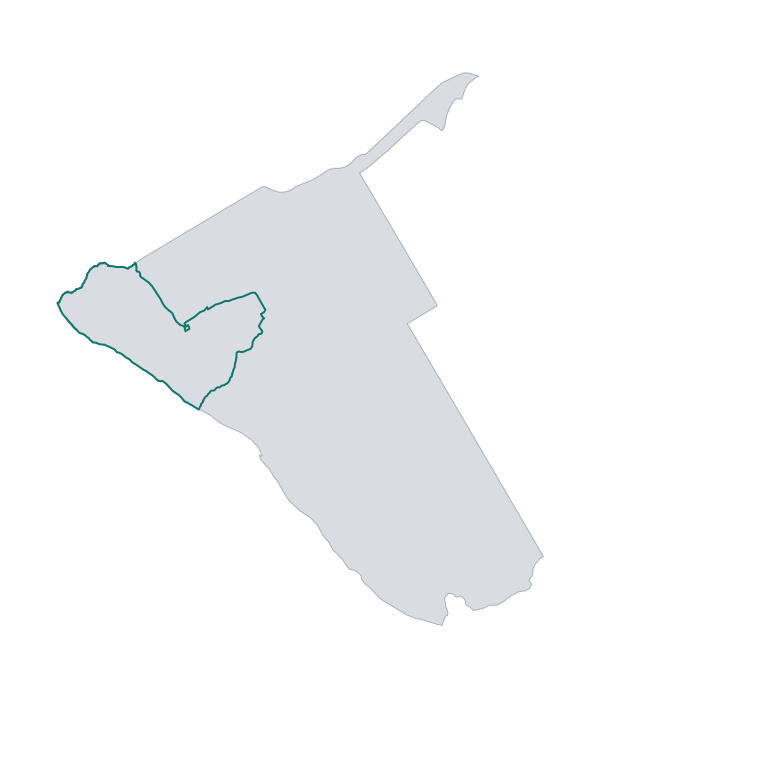 where Kunene sits in Namibia, rotated 329°
{"feature_id": "NAM-3347", "entity_name": "Kunene", "entity_type": "Region", "adm_level": 1, "iso_a3": "NAM", "parent_name": "Namibia", "parent_adm1": "", "projection": "natural_earth1", "projection_center": [13.973, -19.069], "detail": "fine", "context": "in_parent", "style": "outline", "palette": "teal", "viewbox_px": 768, "rotation_deg": 329, "n_neighbors": 0, "source": "natural_earth", "source_scale": "10m", "svg_char_len": 7920}
<svg xmlns="http://www.w3.org/2000/svg" viewBox="0 0 768 768"><g transform="rotate(329 384 384)"><path d="M557.1,162.4L564.7,160.7L572.0,159.0L580.4,157.4L587.2,156.1L588.8,155.7L605.0,157.3L612.1,158.3L614.5,159.4L617.7,162.1L623.5,168.8L621.9,168.5L611.1,169.9L606.9,171.7L597.5,179.6L595.6,178.6L593.4,176.9L591.5,176.5L587.4,178.4L583.3,180.6L578.8,183.8L575.1,186.9L573.8,188.6L568.0,195.1L566.1,196.1L564.4,196.6L563.7,196.3L563.0,193.5L559.6,187.0L554.0,178.5L552.3,177.7L551.2,177.4L547.0,177.8L534.7,180.2L524.3,182.2L508.4,185.7L491.4,188.5L480.8,190.2L471.7,190.7L471.6,199.1L471.5,216.1L471.3,233.1L471.1,250.1L471.0,267.2L470.8,284.2L470.6,301.2L470.4,318.2L470.2,335.3L470.1,342.7L469.8,344.3L464.6,344.3L452.9,344.3L443.0,344.3L435.0,344.3L434.9,354.4L434.7,366.4L434.6,378.4L434.5,390.3L434.4,402.3L434.3,414.3L434.1,426.3L434.0,438.2L433.9,450.2L433.8,459.3L433.7,460.3L433.5,477.9L433.3,496.5L433.1,515.1L432.8,533.7L432.6,552.3L432.3,570.9L432.1,589.5L431.8,608.1L431.7,614.0L428.2,613.9L421.0,616.2L416.4,619.1L414.4,622.8L411.8,625.0L408.5,625.8L407.0,627.6L407.4,630.6L406.1,632.8L403.2,634.4L398.5,633.9L392.1,631.4L383.9,630.9L373.9,632.2L366.7,631.5L362.4,629.0L357.8,627.6L352.8,627.2L350.0,626.2L344.2,624.3L343.1,621.1L342.5,618.6L340.8,616.0L340.7,614.0L342.0,612.4L342.2,609.9L341.3,606.4L339.7,604.6L337.4,604.7L336.0,603.4L335.4,600.6L334.1,598.5L330.9,596.4L326.6,598.0L324.6,600.4L323.4,604.2L322.3,606.2L321.8,609.3L321.5,611.6L320.4,614.0L319.3,615.0L318.1,614.5L315.9,615.5L311.1,619.0L309.7,620.9L305.9,617.5L294.6,604.8L290.6,601.5L284.7,593.7L271.7,569.4L269.9,564.8L267.4,553.1L264.6,544.4L264.3,539.4L265.6,536.5L264.8,532.7L263.3,529.2L258.9,524.7L257.6,509.7L254.7,500.0L255.3,491.9L253.9,484.6L253.8,479.9L254.4,471.0L252.1,460.8L247.2,450.7L242.8,436.3L242.2,429.9L242.7,412.9L241.8,406.0L241.9,397.8L240.1,389.3L239.4,384.7L240.6,381.1L241.4,382.2L242.6,382.8L243.5,377.9L243.7,373.6L241.5,363.0L236.6,352.2L224.3,334.6L221.4,327.9L219.6,322.3L206.0,299.1L200.1,282.7L196.0,268.5L191.6,262.0L170.9,216.0L166.3,208.7L158.0,199.9L156.1,197.0L152.9,188.7L146.7,177.4L145.1,167.0L144.7,155.1L145.4,146.1L151.1,145.1L155.0,142.7L158.5,142.5L162.1,144.4L165.8,144.6L167.2,144.3L173.9,144.6L177.7,142.4L182.3,140.2L184.9,138.3L188.6,136.3L193.5,134.3L196.2,134.5L199.6,135.3L204.2,136.0L206.7,137.4L209.8,141.6L214.5,145.4L217.9,147.7L221.9,150.7L223.1,151.9L224.9,152.5L225.9,152.7L233.3,152.3L240.0,151.8L247.2,151.9L260.7,151.9L274.2,151.9L287.8,151.9L301.3,152.0L314.9,152.0L328.4,152.0L341.9,152.0L355.5,152.1L361.0,152.1L370.7,152.2L380.9,152.3L382.0,152.6L383.1,153.4L384.1,154.1L387.6,159.4L392.2,165.0L396.0,167.6L400.5,169.2L404.8,169.8L408.8,169.4L415.4,170.1L424.7,171.9L434.3,172.4L444.3,171.7L451.3,172.7L455.4,175.4L459.5,177.2L463.8,178.2L469.5,177.6L476.8,175.5L483.0,175.8L485.8,177.4L487.5,177.4L498.2,175.2L506.8,173.4L519.7,170.6L530.3,168.3L546.0,164.8L557.1,162.4Z" fill="#d9dde1" stroke="#a8b0b8" stroke-width="1"/><path d="M195.8,133.6L196.4,134.2L196.9,133.9L197.2,134.1L197.4,134.6L197.8,134.8L198.6,134.9L199.0,134.9L199.4,134.8L199.4,135.1L200.3,134.6L200.8,134.4L201.0,134.6L201.3,134.6L202.1,134.4L202.8,134.2L203.4,134.5L204.7,135.4L205.3,135.6L206.1,135.8L206.9,136.1L207.4,136.7L207.9,138.3L208.4,138.9L208.7,139.6L208.3,140.8L211.4,142.7L214.5,145.6L217.9,147.7L221.2,149.8L221.6,150.2L223.3,152.7L223.8,153.2L224.6,153.3L225.0,153.2L225.6,152.8L225.9,152.7L226.3,152.8L227.0,153.0L227.7,153.1L228.3,153.3L228.7,153.3L229.1,153.2L229.7,152.8L229.9,152.7L231.5,153.0L232.3,152.9L232.6,152.1L232.6,151.9L233.0,151.9L233.0,152.8L232.9,153.2L233.1,153.4L232.9,154.2L232.3,155.6L232.0,156.4L230.8,158.3L230.1,159.3L230.2,160.4L231.7,161.4L231.9,162.4L231.8,163.4L231.6,164.2L231.3,164.9L230.6,165.7L231.1,167.7L234.5,175.6L235.6,180.7L236.2,196.2L235.8,202.1L236.0,205.0L237.4,210.0L238.4,212.3L239.0,214.6L238.4,218.9L238.1,223.2L239.6,228.0L240.3,229.2L241.3,230.1L242.1,231.5L242.3,233.4L241.9,234.0L241.4,234.6L241.1,236.4L245.5,236.5L246.2,234.9L246.3,232.7L244.3,232.8L244.1,231.0L244.2,229.4L245.9,229.0L255.6,228.9L263.7,227.7L265.9,228.2L268.0,228.4L271.8,227.1L271.7,229.3L278.2,229.3L279.5,229.1L280.9,229.3L285.4,230.5L288.4,230.9L289.7,230.9L290.9,231.2L293.7,232.9L298.0,233.6L300.4,234.3L302.4,234.5L307.2,236.2L313.7,237.2L315.8,237.3L318.1,237.9L320.2,239.2L320.6,239.6L320.6,240.2L320.9,242.1L320.5,257.3L320.8,258.9L318.8,260.4L317.8,260.7L314.7,260.7L314.5,260.8L314.4,260.9L314.4,263.3L314.4,263.7L315.0,265.5L315.0,265.9L314.8,266.0L314.4,266.0L313.4,266.0L307.1,269.6L306.7,269.9L306.5,270.2L306.6,273.6L306.8,275.1L306.8,275.5L306.8,276.0L306.6,276.6L306.2,277.0L305.7,277.3L305.1,277.5L304.6,277.7L304.1,277.6L303.5,277.1L302.9,276.9L302.4,276.9L302.0,277.0L301.7,277.1L299.9,278.0L299.6,278.0L297.4,278.1L297.1,278.1L294.6,279.3L293.4,280.2L292.9,280.6L290.7,283.6L290.1,284.0L288.0,285.0L287.5,285.1L286.9,285.1L284.0,284.4L281.6,284.3L280.0,283.9L278.6,283.3L277.8,282.9L277.3,282.4L277.0,282.0L276.8,281.7L276.5,281.4L274.0,281.1L273.7,281.5L273.4,282.0L272.6,283.1L270.6,286.0L270.3,286.3L265.4,291.4L265.1,291.9L264.9,292.5L264.7,292.7L263.0,293.8L262.2,294.3L260.4,296.0L260.0,296.4L259.8,296.6L259.2,296.8L259.0,297.1L258.8,297.6L258.6,297.8L258.4,298.0L258.2,298.1L257.9,298.3L257.7,298.5L257.5,298.9L257.4,299.0L257.2,299.2L256.8,299.2L256.1,299.3L255.9,299.3L254.9,300.1L254.1,300.6L253.8,300.9L253.5,301.4L253.2,301.6L252.7,301.7L252.1,302.0L251.2,302.4L250.9,302.5L250.2,302.5L249.9,302.6L249.4,302.7L249.1,302.7L248.0,302.6L246.1,302.6L245.8,302.6L244.5,301.9L244.3,301.9L244.0,301.9L243.7,301.9L243.2,302.0L242.2,302.1L241.4,302.2L241.2,302.2L240.3,301.5L240.1,301.4L239.9,301.3L238.4,301.1L237.5,301.3L235.7,302.0L235.2,302.1L234.8,301.9L232.6,300.8L232.3,300.8L232.0,300.8L231.4,300.9L231.0,301.1L230.7,301.3L230.3,301.5L230.1,301.7L229.8,301.7L228.8,301.8L228.1,302.0L227.6,302.2L226.6,302.8L226.4,302.9L226.2,302.9L224.6,303.0L221.9,304.1L221.2,304.6L220.7,305.2L220.5,305.3L219.9,305.4L219.7,305.5L219.5,306.0L219.3,306.3L219.1,306.4L218.8,306.5L218.4,306.5L217.2,306.9L216.9,307.0L216.7,307.1L216.3,307.8L216.0,308.1L215.7,308.3L214.5,308.8L212.2,310.4L211.3,309.1L208.2,302.9L206.7,300.7L206.3,299.1L205.8,298.5L204.8,297.7L204.1,296.2L203.7,294.9L203.4,291.4L202.4,287.7L199.3,281.0L198.5,277.4L198.3,275.6L197.6,272.2L196.3,268.7L195.5,267.2L194.1,266.7L192.6,265.6L191.4,263.3L190.3,258.1L187.5,252.2L187.2,251.0L185.7,248.8L183.1,243.5L182.8,242.5L182.4,241.9L181.5,239.8L181.2,239.4L179.6,236.2L179.1,234.9L179.0,234.1L178.7,232.2L178.3,231.3L177.2,229.6L176.5,228.2L174.7,223.3L174.0,222.1L172.9,220.6L171.7,219.5L171.3,219.0L170.9,216.0L170.6,215.1L164.8,206.5L160.8,203.6L159.1,201.3L158.9,201.1L158.3,200.1L157.9,199.9L157.6,199.7L155.8,198.4L155.2,196.3L155.1,195.5L154.6,194.2L154.6,193.7L154.6,193.3L154.6,192.9L154.6,192.5L153.8,191.1L152.4,187.1L152.2,186.8L149.3,183.3L148.7,181.5L148.5,179.0L147.8,177.0L147.4,175.5L146.9,171.5L146.1,168.5L145.6,164.2L145.1,162.1L144.9,160.7L144.5,158.5L144.7,155.2L145.8,146.8L146.2,146.2L146.7,146.3L147.3,146.7L147.7,146.8L148.2,146.7L148.4,146.5L148.5,146.3L148.7,145.9L149.3,145.4L150.8,144.6L152.4,143.2L153.9,142.4L155.5,141.9L157.2,141.6L157.4,141.6L157.6,141.5L157.9,141.5L158.2,141.8L159.4,142.2L159.8,142.1L160.0,141.9L160.5,141.9L160.8,142.1L160.8,142.4L160.9,142.7L161.0,143.1L161.2,143.3L161.6,143.6L162.0,143.8L162.4,143.9L162.7,144.1L162.9,144.5L163.0,144.9L163.1,145.1L165.6,144.8L167.9,144.9L168.4,144.6L168.9,144.2L169.3,144.2L170.1,144.7L170.8,145.0L172.9,145.2L174.1,145.5L174.6,145.5L175.4,145.0L177.0,143.4L177.9,143.1L178.8,142.9L179.4,142.5L180.7,141.3L182.3,140.5L183.5,140.1L183.7,139.7L184.0,139.1L184.3,138.8L184.6,138.6L185.2,138.4L185.5,138.2L185.7,137.8L185.7,137.3L185.9,136.9L186.7,136.7L187.4,136.3L188.5,136.0L190.4,134.8L194.2,134.0L195.0,133.7L195.8,133.6Z" fill="none" stroke="#0f766e" stroke-width="2"/></g></svg>